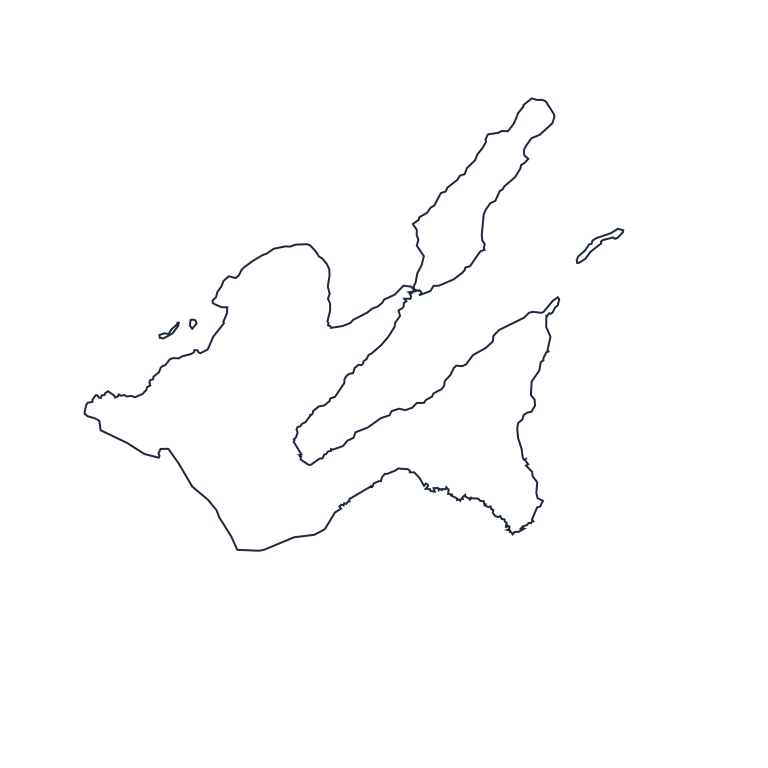 the district of Southern Leyte, Southern Leyte, Philippines, rotated 244°
{"feature_id": "2640588B85389361952197", "entity_name": "Southern Leyte", "entity_type": "district", "adm_level": 2, "iso_a3": "PHL", "parent_name": "Philippines", "parent_adm1": "Southern Leyte", "projection": "robinson", "projection_center": [125.101, 10.248], "detail": "fine", "context": "isolated", "style": "outline", "palette": "slate", "viewbox_px": 768, "rotation_deg": 244, "n_neighbors": 0, "source": "geoboundaries", "source_scale": "gbopen_adm2", "svg_char_len": 6158}
<svg xmlns="http://www.w3.org/2000/svg" viewBox="0 0 768 768"><g transform="rotate(244 384 384)"><path d="M192.5,433.7L193.8,436.7L192.1,440.2L192.5,446.2L194.1,443.6L195.2,446.6L193.9,447.3L195.0,447.1L194.6,450.9L195.8,453.0L194.5,455.2L195.6,456.6L195.1,458.0L197.3,457.6L205.9,467.4L205.5,470.7L209.3,475.6L214.0,472.0L219.4,473.2L228.4,478.6L236.0,477.2L240.1,478.6L248.4,475.9L248.5,478.4L253.6,477.4L254.4,478.4L254.5,476.7L256.8,476.4L265.3,479.2L276.9,480.9L285.7,484.3L290.0,487.4L291.6,493.0L295.0,496.0L295.4,500.7L294.4,504.4L298.4,510.3L303.9,512.5L309.6,511.2L321.4,517.7L328.0,529.4L335.1,534.7L335.3,537.6L337.0,538.3L341.4,543.8L341.1,546.1L342.7,545.8L353.4,554.3L364.2,554.8L374.2,559.9L373.5,560.6L375.2,563.4L374.0,564.7L374.5,567.1L377.7,571.2L378.4,574.5L383.1,578.5L385.7,578.3L384.8,572.2L378.8,558.9L378.9,556.8L383.6,549.4L384.5,545.7L382.2,539.0L382.1,511.0L379.2,503.4L374.5,500.4L371.8,491.2L371.0,476.7L365.7,466.4L365.7,462.3L368.8,457.0L367.8,453.8L362.9,447.5L360.0,439.9L356.1,437.4L354.2,433.8L353.8,424.3L351.6,421.6L351.2,414.4L349.5,411.6L352.6,405.2L350.3,399.1L351.2,391.6L355.1,386.9L356.3,379.0L353.5,375.2L354.7,366.4L352.0,350.2L353.1,337.3L349.0,333.0L349.1,326.4L346.2,319.8L347.4,309.4L348.7,307.9L347.2,307.1L347.9,304.0L346.4,301.2L346.7,299.2L344.1,296.2L345.2,293.3L343.4,282.8L344.4,280.8L352.8,275.9L355.2,277.7L356.5,275.9L356.1,277.8L356.4,276.9L356.6,278.1L356.8,278.4L356.7,278.1L357.3,277.4L357.1,278.9L371.5,277.5L372.8,278.9L373.7,278.6L374.6,281.5L378.3,285.1L381.6,285.5L383.3,287.6L382.6,290.2L384.1,292.7L384.1,296.6L387.7,303.6L389.3,304.4L387.8,304.2L388.7,306.9L390.7,308.4L392.4,315.5L390.9,321.0L392.5,327.6L394.6,329.3L393.9,334.3L402.3,348.8L405.6,350.6L407.6,353.5L408.4,357.3L407.3,360.9L411.2,364.6L412.4,369.5L410.9,371.7L411.0,373.4L413.4,375.6L414.0,379.1L416.9,383.0L416.8,386.0L420.4,399.2L425.0,409.4L430.6,418.3L434.4,421.3L438.1,428.2L443.8,429.4L444.0,433.6L445.3,435.9L448.1,437.2L448.5,440.3L451.8,439.6L449.0,445.1L451.0,446.9L453.8,446.7L453.7,448.6L455.4,447.1L453.8,452.6L459.7,451.0L463.8,444.6L459.6,432.8L459.8,421.0L457.7,418.0L456.4,412.3L456.9,406.3L455.5,400.0L455.1,384.3L453.6,380.6L454.2,372.4L457.7,360.9L459.4,361.2L461.2,359.4L463.2,360.9L465.0,360.6L473.7,367.8L479.6,370.7L485.3,371.1L488.9,374.7L496.2,376.2L505.5,382.7L511.4,385.2L517.1,385.2L524.1,383.4L527.4,381.3L532.2,381.0L540.8,378.5L543.4,376.1L548.0,365.7L548.6,360.0L551.0,355.5L553.9,344.1L552.6,335.7L553.1,331.2L552.1,319.8L550.2,309.4L548.9,305.9L545.2,301.0L544.3,297.1L548.9,291.6L546.9,284.9L543.1,280.8L539.7,274.6L535.6,271.0L534.2,266.5L531.8,265.7L530.2,266.6L524.1,271.8L521.7,276.8L516.6,274.0L510.1,266.7L508.8,266.8L501.4,251.3L492.3,240.7L492.2,232.5L493.5,231.2L496.0,231.2L497.6,228.5L495.9,227.1L495.5,223.8L497.4,214.3L497.0,210.9L499.8,205.6L500.0,202.2L496.6,195.3L497.3,193.2L496.5,190.4L493.2,186.9L491.6,180.1L489.5,178.4L490.0,175.6L488.7,174.0L485.1,173.3L485.0,169.6L482.9,167.8L480.9,162.6L481.3,154.3L484.0,151.8L485.6,147.3L487.9,145.8L488.9,142.1L490.8,141.2L489.5,139.2L489.7,136.4L491.8,136.5L498.5,132.8L497.9,129.3L496.7,128.2L497.4,125.2L495.6,123.3L497.0,121.7L499.6,121.3L500.3,119.8L497.8,115.3L495.7,114.0L497.1,109.4L495.5,107.0L489.8,102.5L487.2,101.6L488.0,102.4L485.1,103.3L479.7,109.3L475.6,112.0L466.7,109.0L443.7,127.2L426.1,138.0L416.5,149.2L417.8,150.7L420.3,150.7L423.6,154.7L420.2,161.8L402.6,164.6L375.8,166.7L357.0,175.1L344.2,178.1L336.4,177.5L313.6,179.9L299.3,179.4L289.1,198.2L287.6,203.3L285.7,235.8L279.0,255.3L279.4,267.1L290.0,283.6L290.9,290.7L293.5,290.2L294.2,292.7L292.6,294.5L294.3,296.0L292.8,297.5L294.4,301.0L293.8,301.5L295.8,302.6L297.6,326.0L296.8,327.7L297.8,327.9L297.1,329.2L299.1,331.1L299.0,336.4L298.0,338.7L300.9,341.1L302.9,345.3L301.9,347.2L301.2,356.4L301.8,359.7L297.1,367.9L295.1,369.2L293.3,368.5L291.3,372.4L283.9,374.8L275.0,375.3L276.1,378.0L274.4,379.3L272.9,378.7L271.6,375.5L269.3,379.2L267.5,378.9L265.0,382.4L268.6,383.0L267.0,386.8L264.7,386.8L265.4,387.8L263.4,389.7L264.1,390.1L262.4,393.5L263.9,394.7L260.6,395.8L257.2,393.4L254.9,396.6L254.2,395.5L249.7,399.1L247.8,398.9L248.1,399.8L245.9,401.2L246.9,401.6L246.0,404.4L247.6,404.6L248.7,408.3L247.1,407.8L243.8,410.1L243.8,411.8L242.5,411.0L242.8,413.0L239.7,418.3L236.5,419.5L234.9,422.3L232.4,421.5L231.3,422.6L230.8,421.4L227.7,423.7L227.2,426.1L224.5,425.6L223.1,427.0L220.3,425.3L216.7,426.0L214.4,428.2L214.3,430.6L211.1,430.6L209.5,433.0L207.3,432.3L205.4,433.4L202.3,430.9L201.6,431.6L202.5,433.1L200.9,434.3L198.6,432.7L198.8,430.9L197.0,433.0L195.8,432.3L195.0,433.5L192.5,433.7ZM521.0,607.0L523.1,612.4L527.8,610.4L529.9,611.0L533.1,612.5L536.0,616.4L540.3,624.4L539.7,633.2L544.6,649.8L549.4,654.2L552.3,655.0L567.0,653.3L569.9,651.0L572.3,645.9L575.9,642.1L573.6,631.7L572.2,630.8L568.8,623.5L561.0,614.7L556.9,606.1L559.9,600.4L559.6,597.0L562.8,586.9L559.2,582.3L557.0,582.0L552.9,576.0L549.5,568.7L545.2,564.0L541.6,553.1L537.3,548.5L538.0,543.5L535.4,539.6L532.7,527.0L530.0,523.9L530.6,518.6L522.3,507.3L522.0,503.0L519.0,497.9L518.5,490.2L518.1,488.4L516.4,487.4L515.2,480.0L508.2,481.1L503.8,478.8L498.4,478.1L494.0,474.1L481.5,475.9L474.3,469.9L469.0,462.6L461.1,456.7L458.8,453.5L455.7,452.7L452.7,455.6L452.7,456.9L450.1,457.7L448.9,457.0L448.4,454.3L447.2,466.3L450.5,471.6L448.3,476.3L447.5,492.3L449.5,502.8L451.3,506.9L453.1,508.3L452.1,512.9L460.2,527.2L461.1,529.5L460.4,533.2L462.5,533.4L465.7,535.9L470.0,535.2L475.3,537.3L492.5,547.8L495.8,551.5L499.9,558.6L499.8,564.4L506.7,572.6L506.8,575.5L509.0,579.1L512.5,592.5L517.8,601.0L520.8,603.3L521.0,607.0ZM415.8,623.1L413.5,614.6L411.1,611.6L408.1,610.7L407.4,612.4L408.3,619.9L412.3,627.5L415.1,640.8L416.9,641.4L417.4,643.7L415.4,654.0L413.2,655.3L413.0,657.8L415.5,665.0L417.3,666.4L421.0,662.2L420.1,654.0L422.0,639.0L421.5,634.3L419.0,631.9L419.5,629.4L415.8,623.1ZM528.5,224.5L526.2,216.8L523.4,212.4L525.9,208.6L526.5,203.6L523.8,202.7L521.6,205.8L522.2,216.2L526.5,224.5L529.0,226.4L529.6,225.2L528.5,224.5ZM526.3,238.2L521.6,235.1L517.7,235.8L520.5,242.1L523.9,242.4L525.7,240.4L526.3,238.2Z" fill="none" stroke="#1e293b" stroke-width="2"/></g></svg>